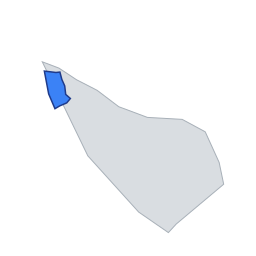 where Ruggell sits in Liechtenstein, rotated 315°
{"feature_id": "LIE-4898", "entity_name": "Ruggell", "entity_type": "state/province", "adm_level": 1, "iso_a3": "LIE", "parent_name": "Liechtenstein", "parent_adm1": "", "projection": "natural_earth1", "projection_center": [9.518, 47.244], "detail": "fine", "context": "in_parent", "style": "filled", "palette": "blue", "viewbox_px": 256, "rotation_deg": 315, "n_neighbors": 0, "source": "natural_earth", "source_scale": "10m", "svg_char_len": 534}
<svg xmlns="http://www.w3.org/2000/svg" viewBox="0 0 256 256"><g transform="rotate(315 128 128)"><path d="M155.9,235.4L94.2,230.0L82.6,230.5L76.1,195.0L79.9,119.3L114.2,20.6L121.5,36.8L125.7,57.4L132.8,79.5L136.5,106.4L149.2,134.2L172.4,160.2L179.9,185.3L168.1,216.8L155.9,235.4Z" fill="#d9dde1" stroke="#a8b0b8" stroke-width="1"/><path d="M109.1,28.6L116.3,37.8L119.4,40.3L115.6,46.8L113.0,53.5L107.7,60.2L108.1,66.4L102.4,66.9L95.4,64.1L90.0,62.7L96.0,47.8L109.1,28.6Z" fill="#3b82f6" stroke="#1e3a8a" stroke-width="1.5"/></g></svg>